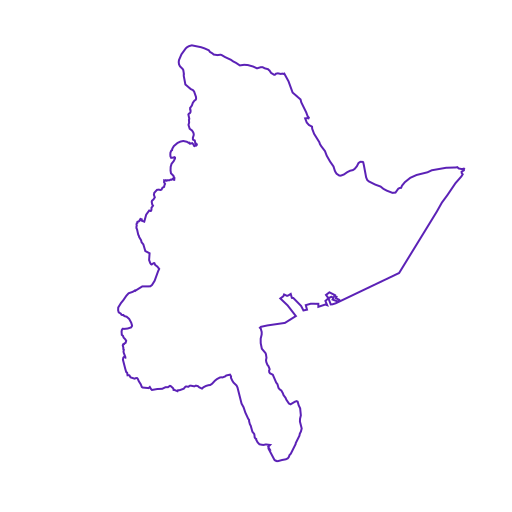 the district of Rokan Hulu, Riau, Indonesia, rotated 25°
{"feature_id": "22746128B35208725321264", "entity_name": "Rokan Hulu", "entity_type": "district", "adm_level": 2, "iso_a3": "IDN", "parent_name": "Indonesia", "parent_adm1": "Riau", "projection": "mercator", "projection_center": [100.261, 0.893], "detail": "fine", "context": "isolated", "style": "outline", "palette": "violet", "viewbox_px": 512, "rotation_deg": 25, "n_neighbors": 0, "source": "geoboundaries", "source_scale": "gbopen_adm2", "svg_char_len": 6112}
<svg xmlns="http://www.w3.org/2000/svg" viewBox="0 0 512 512"><g transform="rotate(25 256 256)"><path d="M406.0,105.7L408.5,97.1L408.8,94.6L407.3,93.8L406.7,92.7L408.2,90.5L407.7,89.5L407.9,88.2L407.4,89.2L405.6,90.3L402.7,91.0L400.9,90.4L399.9,91.2L391.0,95.7L379.1,104.0L376.1,107.6L367.3,114.7L362.8,119.9L359.7,126.2L358.6,130.5L358.7,132.9L357.4,133.7L356.5,134.9L355.6,139.6L353.0,141.1L346.9,141.5L343.1,141.3L339.6,140.4L333.9,140.9L326.7,140.7L324.7,140.1L322.6,138.2L315.3,128.0L313.5,125.7L313.0,125.6L310.8,126.5L309.6,128.4L309.5,132.0L308.6,135.4L307.5,137.2L305.3,138.9L303.3,141.4L301.2,145.0L298.8,147.4L297.4,147.9L294.3,147.4L292.8,146.5L291.4,145.4L288.4,142.1L283.2,139.1L277.7,135.2L274.2,131.8L268.7,128.9L266.6,127.5L265.3,126.1L257.0,120.7L253.2,117.0L252.1,115.1L248.6,114.9L245.6,113.6L242.4,110.5L244.4,109.3L245.4,109.1L245.4,108.3L243.6,107.4L240.8,104.6L232.1,97.6L230.2,95.3L220.1,92.4L211.6,83.9L204.5,78.7L203.8,79.5L202.7,79.6L201.6,80.5L198.6,81.2L197.0,82.4L196.7,83.5L195.9,84.1L192.3,83.7L189.7,82.1L189.1,82.1L188.0,81.6L184.7,82.2L182.2,82.1L180.5,82.9L177.6,85.5L173.3,85.5L167.9,86.4L164.5,87.7L160.8,90.1L156.2,89.4L153.1,89.3L150.4,88.8L144.0,88.8L139.9,88.4L138.7,88.6L136.2,90.2L132.5,91.3L130.9,90.8L128.0,90.5L126.3,89.5L121.5,89.6L117.9,90.0L108.8,92.2L106.7,94.0L105.4,95.7L104.6,97.5L103.2,104.7L103.4,111.0L104.0,112.9L105.2,114.8L106.9,116.2L110.5,117.5L111.5,118.2L113.4,121.0L113.1,121.1L113.4,121.1L114.4,123.3L119.5,130.4L126.3,132.3L128.7,132.3L130.4,133.1L134.4,137.2L135.3,138.9L135.3,139.9L134.5,141.3L134.0,143.8L134.3,146.7L133.7,149.8L134.6,150.9L134.5,151.3L135.3,151.9L135.8,153.2L135.7,154.5L135.0,155.4L134.9,156.3L137.6,159.9L137.6,160.8L139.0,163.3L139.4,165.7L142.1,168.7L145.0,169.3L147.0,170.6L148.1,171.9L148.5,173.0L148.8,175.5L149.5,176.9L149.8,177.2L151.7,177.2L153.3,179.4L154.0,179.4L154.4,180.1L155.1,179.8L155.4,180.2L155.0,181.4L154.2,181.6L153.8,182.4L153.1,182.3L152.4,181.4L150.5,180.7L150.3,181.1L148.9,181.6L148.9,182.0L148.5,182.2L147.5,181.6L147.3,181.9L145.0,181.7L141.5,182.5L139.2,184.2L137.1,186.7L135.1,191.1L134.8,194.1L135.2,195.6L134.7,196.2L134.7,196.8L134.8,198.6L135.5,200.3L136.3,201.8L137.6,202.9L139.6,201.7L140.2,200.9L141.0,201.0L141.4,201.9L141.3,204.8L140.5,208.1L141.0,211.3L142.4,214.6L144.0,217.0L147.3,218.2L148.0,219.0L149.1,219.7L149.7,221.5L149.0,221.7L148.0,221.1L147.2,222.6L146.3,222.9L145.5,224.0L144.3,224.5L144.0,224.9L143.4,224.9L142.8,225.8L142.1,225.5L141.6,226.1L140.8,226.2L141.5,228.0L143.1,229.1L143.1,230.5L143.5,232.2L142.4,233.6L142.3,235.7L141.9,236.2L141.5,236.6L139.9,236.9L138.3,237.9L137.1,241.7L137.6,243.7L139.5,245.6L139.2,248.0L138.4,249.8L138.6,251.0L140.2,253.2L141.4,253.9L140.9,256.4L141.7,258.3L141.8,259.4L141.4,259.8L140.0,259.9L139.0,264.9L140.2,272.1L137.3,272.3L137.0,271.1L135.6,271.2L135.3,274.0L134.1,275.1L134.5,276.2L134.1,276.8L134.4,278.0L135.1,278.9L135.2,279.8L135.8,281.2L136.9,282.1L140.3,286.5L141.2,287.1L142.1,288.2L145.2,290.3L146.5,291.9L149.0,293.1L153.6,298.3L158.4,298.5L160.8,304.8L163.0,307.0L164.3,307.8L165.0,307.8L166.3,305.7L166.9,305.4L168.4,306.7L171.1,307.3L173.7,308.6L173.7,311.1L174.6,321.3L174.0,326.2L173.0,328.2L165.8,331.6L161.6,338.0L161.1,338.1L161.1,338.8L160.6,338.9L159.3,340.7L156.3,343.6L155.3,346.8L154.4,352.2L153.5,355.7L152.9,360.9L154.0,363.5L155.4,365.1L157.9,365.4L158.9,366.1L159.9,366.0L160.7,365.5L162.1,366.1L164.4,365.7L167.6,366.6L171.1,369.2L172.8,371.1L173.2,371.7L173.0,373.5L170.3,376.0L167.5,377.7L165.9,378.3L165.7,379.8L166.1,381.3L167.7,384.2L169.2,384.6L170.5,385.9L172.6,386.7L174.2,387.7L174.5,389.8L173.8,390.7L173.7,391.6L173.5,391.9L173.3,391.6L172.9,392.1L173.0,393.3L174.7,395.4L175.0,396.4L175.8,396.8L176.3,398.6L177.0,399.6L180.4,402.9L180.5,403.2L179.1,403.1L178.7,404.1L179.2,406.2L185.1,413.4L187.4,416.0L188.5,416.2L190.0,418.4L191.0,417.8L191.7,417.7L193.6,419.0L197.8,418.5L198.9,417.3L199.9,416.9L200.9,417.4L202.7,419.0L205.8,421.0L207.9,423.0L208.9,423.1L214.5,421.1L215.1,419.6L217.0,420.9L218.3,421.4L222.7,418.3L227.1,416.0L229.5,413.1L231.7,412.1L232.8,410.1L233.5,409.9L236.5,410.8L237.3,411.3L237.9,412.2L238.4,411.9L242.0,411.7L242.0,410.7L243.6,409.8L246.6,406.8L247.1,404.8L247.7,403.8L250.0,403.1L250.7,401.7L251.6,401.1L255.2,400.2L256.3,398.9L258.3,398.5L260.0,399.0L263.1,399.0L263.8,397.2L265.6,394.9L267.5,393.2L269.0,392.3L270.2,390.3L271.5,386.3L272.6,384.1L274.6,381.4L275.8,380.6L277.0,380.2L279.0,378.1L279.5,376.9L282.6,374.5L284.3,375.7L284.7,376.9L287.2,379.0L289.1,380.2L293.1,381.6L294.8,383.0L305.3,395.9L308.6,398.3L312.5,402.4L317.7,406.8L319.0,407.5L319.6,408.7L321.6,411.1L322.9,412.0L327.0,416.8L329.5,418.0L330.1,418.7L331.5,421.0L332.5,421.6L333.5,421.7L333.9,422.5L336.2,424.2L338.7,425.2L341.1,424.6L342.6,424.1L344.6,422.6L348.6,421.3L347.7,423.8L350.2,425.5L349.4,425.8L358.5,432.7L359.3,433.2L360.4,433.0L361.0,433.3L362.5,432.7L365.8,429.9L369.0,427.6L370.3,426.0L370.7,424.2L370.5,422.3L371.1,420.5L371.4,409.7L371.1,408.8L371.3,400.5L370.8,398.5L370.9,396.1L370.3,393.0L365.8,387.5L364.7,384.9L364.0,381.5L360.4,375.4L357.8,373.3L355.3,370.4L354.1,370.4L352.8,371.7L350.0,375.8L348.2,375.8L344.2,373.4L342.8,372.1L339.8,370.5L338.3,369.0L335.8,367.2L333.9,366.9L332.2,366.1L329.6,363.1L327.8,362.2L321.4,356.5L318.2,356.4L317.1,355.7L316.3,354.3L316.2,352.8L313.9,350.6L312.3,349.8L310.2,347.8L309.1,346.2L308.5,343.8L306.5,340.8L305.5,339.9L300.5,337.6L299.9,336.8L297.1,333.0L295.2,329.0L294.3,324.7L293.3,322.5L291.0,319.8L289.9,319.4L290.4,318.1L295.7,314.1L310.5,304.4L317.5,293.6L305.5,287.4L296.0,284.2L297.8,280.9L297.7,279.0L301.0,279.0L302.1,277.9L303.5,275.7L306.2,278.8L307.6,278.3L318.0,282.2L322.0,285.3L324.9,283.1L321.9,279.5L325.8,276.1L332.7,273.0L334.0,275.7L339.3,270.7L341.3,270.5L337.9,267.4L339.5,263.7L344.2,268.3L345.7,267.5L348.2,265.2L392.9,210.9L401.1,139.4L401.9,129.0L403.7,120.1L406.0,105.7ZM339.5,263.7L335.9,261.7L337.9,257.9L344.0,258.1L343.9,259.0L346.2,258.9L346.3,260.5L349.8,260.5L349.8,262.7L343.8,263.1L343.9,261.1L341.5,261.1L339.5,263.7Z" fill="none" stroke="#5b21b6" stroke-width="2"/></g></svg>